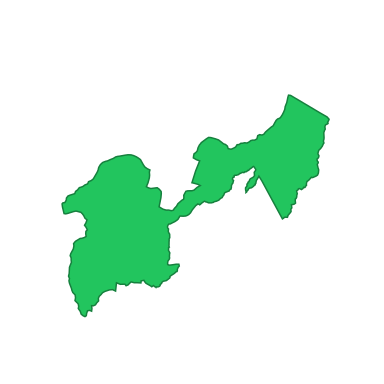 outline of Belgut, Rift Valley, Kenya, rotated 332°
{"feature_id": "3690345B57157078015490", "entity_name": "Belgut", "entity_type": "district", "adm_level": 2, "iso_a3": "KEN", "parent_name": "Kenya", "parent_adm1": "Rift Valley", "projection": "albers", "projection_center": [35.283, -0.399], "detail": "fine", "context": "isolated", "style": "filled", "palette": "green", "viewbox_px": 384, "rotation_deg": 332, "n_neighbors": 0, "source": "geoboundaries", "source_scale": "gbopen_adm2", "svg_char_len": 6077}
<svg xmlns="http://www.w3.org/2000/svg" viewBox="0 0 384 384"><g transform="rotate(332 192 192)"><path d="M105.5,134.3L103.7,135.8L100.6,135.5L98.6,135.9L96.5,135.7L94.9,135.3L94.1,135.4L92.1,136.4L89.5,136.8L87.7,138.4L82.7,137.5L80.6,137.3L78.3,138.4L77.1,140.2L74.8,141.6L72.8,141.0L71.7,141.5L70.6,144.4L68.9,151.0L70.2,152.0L72.0,152.5L78.3,153.7L80.4,154.3L81.0,154.7L83.6,157.1L84.3,157.6L85.0,159.8L85.3,162.0L85.2,164.9L86.2,167.3L83.8,169.5L81.5,170.9L81.9,173.5L81.8,176.3L79.9,176.9L78.6,178.9L77.6,181.6L75.3,181.6L73.0,181.2L71.5,180.5L66.2,180.8L65.2,181.1L63.2,182.0L62.4,184.2L60.4,186.6L55.9,189.6L54.5,191.1L54.4,193.3L53.0,196.1L52.6,197.4L48.5,200.9L45.3,206.3L43.5,208.3L43.2,210.9L41.7,212.6L41.0,214.9L40.3,220.5L39.8,222.4L39.6,224.8L40.5,228.0L39.5,230.7L37.7,233.0L39.0,237.2L38.3,239.7L36.9,241.5L37.3,244.9L36.8,247.9L37.8,250.2L39.0,251.8L40.6,251.6L42.0,249.7L44.0,247.8L46.2,248.6L47.4,250.1L48.9,248.0L50.0,245.2L51.6,246.2L53.8,246.3L55.9,245.1L58.4,244.3L59.4,241.9L61.2,240.5L63.4,239.9L65.3,239.1L66.2,238.9L68.5,238.9L73.2,239.7L76.0,240.9L78.0,243.6L82.7,236.7L85.3,239.8L89.5,241.9L89.8,243.8L92.1,244.0L93.7,243.4L96.0,242.8L98.4,245.0L100.4,246.0L104.2,248.3L105.4,246.6L108.1,247.4L108.1,249.0L108.5,251.0L111.3,255.3L112.0,256.8L114.1,256.5L114.6,258.1L115.2,258.6L115.4,259.4L116.0,259.0L116.7,259.5L117.8,259.9L118.8,260.0L119.9,259.7L120.2,258.9L122.3,258.4L122.7,257.8L123.6,257.5L124.7,257.3L127.8,258.2L131.3,257.6L132.3,257.3L132.7,256.3L133.7,256.0L137.2,255.7L138.7,255.5L139.8,255.1L140.5,255.0L141.4,255.2L142.1,254.7L142.4,253.9L143.0,253.2L144.4,252.0L146.0,251.4L146.5,249.6L144.3,248.4L139.2,246.6L137.4,245.8L136.5,244.6L137.3,243.0L138.3,241.7L140.5,240.6L141.3,239.7L141.6,238.7L143.1,236.2L143.6,235.7L143.9,235.0L143.8,234.3L143.9,232.3L144.3,231.7L144.8,231.0L145.1,230.2L146.1,230.0L146.1,229.4L146.4,228.6L146.9,227.9L148.4,225.1L148.9,224.4L149.7,222.8L150.9,221.9L152.5,218.7L152.3,217.7L152.5,216.8L152.4,216.0L152.9,215.1L153.9,213.6L153.6,212.8L153.9,211.4L155.0,210.1L156.6,209.4L157.5,209.9L158.1,210.0L160.3,210.0L162.9,210.1L165.7,209.8L167.4,209.3L167.9,208.7L168.6,208.5L169.3,207.9L170.1,207.6L173.0,209.3L175.1,210.2L176.3,210.4L178.5,210.4L180.9,209.7L183.7,208.0L186.0,207.0L189.1,205.7L190.4,205.6L191.2,205.2L192.5,206.2L192.7,206.9L193.4,206.9L195.6,206.3L196.5,206.3L197.6,206.0L198.9,206.1L199.4,207.1L200.2,207.7L201.5,209.3L203.8,210.6L206.0,211.2L207.0,211.0L209.3,211.6L211.9,211.8L213.3,211.3L215.1,211.0L215.9,211.1L217.6,210.0L218.5,209.7L220.2,208.2L221.1,208.0L225.5,208.5L226.2,207.9L226.9,207.6L228.0,207.7L228.4,206.9L229.0,206.4L229.7,205.0L231.3,203.7L232.1,203.5L234.1,201.3L233.8,200.5L233.7,199.7L234.3,198.9L234.9,198.4L235.8,198.7L236.4,198.4L236.7,197.5L237.6,197.3L238.9,198.0L241.4,198.5L242.8,198.0L243.4,198.3L245.7,198.3L246.4,198.9L247.1,199.3L247.9,198.9L248.8,199.4L249.9,199.6L251.4,199.1L252.0,199.5L253.9,198.9L255.9,198.7L257.4,198.3L258.3,198.3L258.6,199.1L258.6,199.8L258.9,201.4L258.7,202.4L257.2,203.4L256.2,203.8L254.9,206.8L253.7,207.5L252.5,207.7L249.7,207.7L248.4,208.5L247.1,209.6L246.2,209.6L245.2,210.6L244.3,210.8L243.7,211.7L243.6,212.4L241.3,213.4L240.7,214.4L240.2,215.6L239.9,217.0L239.4,217.8L240.2,217.7L240.9,217.0L242.0,216.8L242.7,216.3L244.0,215.6L244.8,215.6L245.7,216.0L246.6,216.2L249.2,215.8L249.8,215.4L251.2,215.3L251.6,214.5L252.3,214.4L253.9,212.4L254.7,211.7L256.3,210.9L257.1,210.3L257.9,210.0L258.5,209.5L258.9,214.9L259.2,258.2L260.8,258.1L261.5,257.7L262.7,258.1L264.3,259.1L264.9,258.8L265.4,257.9L269.6,256.2L270.5,255.5L270.7,254.7L271.2,253.7L271.8,253.3L272.7,252.9L273.8,249.9L274.5,250.0L275.1,250.4L276.8,250.7L278.2,250.4L279.1,248.1L279.9,246.7L280.8,246.6L282.0,245.7L283.4,243.5L284.1,243.1L284.6,240.9L284.9,240.1L286.8,239.8L287.3,239.2L288.2,239.2L288.9,240.1L289.4,240.5L289.7,241.2L291.4,241.1L292.1,240.7L293.0,240.3L293.6,241.0L294.6,240.7L295.2,240.1L296.3,239.8L296.7,238.7L297.3,237.9L298.5,236.6L299.2,236.7L300.1,236.4L301.4,236.2L303.7,235.2L304.4,235.1L304.6,235.6L305.4,235.9L309.0,236.2L310.8,236.0L312.5,234.6L314.1,232.2L314.4,231.5L314.6,229.9L315.6,226.3L316.5,225.9L317.2,225.4L317.5,224.7L317.2,223.6L317.5,222.4L317.9,221.6L319.0,221.4L320.1,220.8L320.9,219.9L321.2,219.2L321.0,218.4L321.3,217.0L323.5,214.7L326.0,214.0L328.6,212.7L330.7,211.0L331.5,210.7L331.8,209.1L332.7,207.8L333.3,207.3L334.2,205.8L336.2,201.5L338.2,199.6L338.9,199.3L339.6,198.0L339.7,197.0L341.3,195.5L342.2,195.4L343.8,195.5L344.5,195.1L344.4,194.3L345.0,193.7L345.9,193.3L347.2,192.1L346.5,189.1L342.4,182.6L324.4,153.0L322.7,151.8L321.1,153.4L317.7,157.5L314.4,160.3L312.7,162.6L310.4,164.5L308.0,166.2L305.6,167.5L304.1,168.0L301.9,167.7L300.0,168.2L297.3,169.9L294.8,171.6L292.2,171.9L287.3,173.0L284.9,173.6L282.6,174.7L280.6,174.6L278.6,173.1L276.5,173.1L274.2,175.6L271.5,175.6L270.0,174.7L268.1,174.2L266.0,174.6L263.6,174.6L261.5,173.2L259.6,172.7L258.0,171.9L255.9,172.2L254.0,171.4L251.6,172.8L249.3,172.8L246.6,172.6L244.3,170.7L244.8,168.1L243.9,165.8L242.4,164.2L241.5,162.0L239.9,158.5L237.5,155.9L234.2,152.8L232.3,151.6L229.6,151.8L223.2,152.8L222.6,153.2L220.6,154.0L218.2,155.7L215.9,158.2L213.8,159.0L211.8,159.2L210.4,160.8L209.2,162.5L211.1,165.6L213.4,168.1L205.1,175.1L196.3,183.8L198.0,185.3L201.1,188.3L202.3,190.2L198.7,190.3L194.7,191.3L192.6,190.9L188.9,189.0L187.0,188.5L185.1,189.7L183.2,191.0L182.3,193.0L181.1,194.5L179.2,194.5L174.1,195.7L171.6,197.3L168.5,198.3L167.2,199.3L165.1,198.9L162.9,197.0L160.6,195.8L158.2,193.4L156.0,189.6L161.9,182.4L164.2,178.9L165.0,177.0L164.4,174.2L163.3,171.9L157.3,169.6L155.4,167.8L154.2,165.9L157.4,163.3L160.9,159.6L162.5,157.2L163.7,154.4L165.2,152.8L163.4,150.4L162.1,147.7L161.8,144.9L161.7,139.2L160.5,136.7L159.3,134.7L157.5,132.4L155.6,130.6L153.0,129.1L150.3,128.1L144.7,126.3L143.2,125.7L141.1,125.2L138.2,125.4L134.7,125.0L132.1,124.9L130.3,124.4L127.3,124.0L126.1,124.2L124.0,124.8L121.5,126.3L120.7,127.0L119.5,128.5L117.6,130.0L111.0,134.1L108.4,134.6L105.5,134.3Z" fill="#22c55e" stroke="#15803d" stroke-width="1.5"/></g></svg>